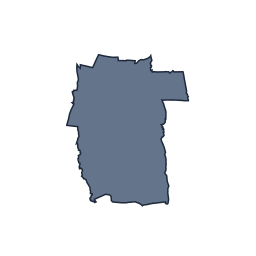 Curtesti, Botosani, Romania (Natural Earth projection), rotated 223°
{"feature_id": "2599482B73716803842093", "entity_name": "Curtesti", "entity_type": "district", "adm_level": 2, "iso_a3": "ROU", "parent_name": "Romania", "parent_adm1": "Botosani", "projection": "natural_earth1", "projection_center": [26.65, 47.693], "detail": "fine", "context": "isolated", "style": "filled", "palette": "slate", "viewbox_px": 256, "rotation_deg": 223, "n_neighbors": 0, "source": "geoboundaries", "source_scale": "gbopen_adm2", "svg_char_len": 5654}
<svg xmlns="http://www.w3.org/2000/svg" viewBox="0 0 256 256"><g transform="rotate(223 128 128)"><path d="M199.5,161.5L197.4,155.0L196.5,152.5L196.2,151.6L196.1,151.2L195.1,148.1L195.1,147.9L195.9,147.5L196.7,147.1L201.3,144.5L203.6,143.1L206.0,141.8L205.4,141.1L204.9,140.7L204.7,140.5L204.5,140.1L204.0,139.4L203.8,139.1L204.6,139.3L205.6,139.0L206.0,139.0L206.5,139.0L206.9,139.2L207.3,139.4L208.0,139.6L208.7,139.7L207.7,138.5L206.9,137.6L204.6,135.2L203.3,134.1L199.0,131.0L197.4,129.6L197.1,129.3L196.7,128.5L196.6,128.2L196.3,127.1L196.1,126.8L195.5,126.1L194.2,125.0L193.8,124.6L193.0,123.6L192.7,123.1L191.6,121.6L191.2,120.5L191.8,120.3L192.1,119.8L192.5,119.5L192.6,119.2L192.9,118.6L193.2,118.5L193.0,118.3L192.9,118.3L192.8,118.2L193.0,117.8L193.0,117.7L192.7,117.4L192.8,117.1L193.1,117.1L193.4,116.9L193.5,116.7L193.3,116.4L193.0,116.1L191.4,115.2L191.2,114.9L190.8,114.8L190.6,114.7L189.9,114.4L188.6,113.6L187.7,113.0L187.5,112.4L187.1,112.0L186.7,111.1L186.3,111.0L186.2,110.5L186.0,110.3L185.8,110.2L185.9,109.8L185.7,109.6L185.4,109.5L185.4,109.2L185.6,109.0L185.8,108.7L186.0,108.5L186.1,108.4L185.1,108.3L184.5,108.4L184.3,108.5L184.2,108.6L183.9,108.7L182.4,103.8L182.1,102.7L180.4,98.6L177.5,93.8L175.4,89.6L175.0,88.7L174.6,88.2L171.1,90.7L165.7,94.7L165.5,94.4L165.2,94.1L164.6,93.5L164.0,93.2L163.6,92.5L163.1,92.2L162.3,91.9L161.8,91.7L160.4,90.2L159.8,89.7L158.2,88.6L158.0,88.1L157.9,87.2L157.5,86.2L157.3,85.7L156.8,85.0L156.5,84.7L156.3,84.3L156.2,83.8L156.0,83.1L155.1,81.5L155.0,82.1L154.7,82.2L153.8,81.8L153.5,81.6L152.7,80.6L152.3,80.3L151.6,79.7L151.2,79.4L150.8,79.2L149.9,79.0L149.5,78.7L149.2,78.3L149.1,78.0L148.9,78.0L147.9,78.8L146.5,77.9L146.1,77.7L145.8,77.5L145.6,77.3L145.8,77.2L145.4,76.9L145.1,76.4L144.9,76.2L144.9,75.9L145.1,75.4L145.5,74.0L144.9,73.8L143.5,71.9L143.7,71.6L143.0,71.0L142.3,70.3L140.6,69.3L140.3,69.0L139.1,69.5L138.6,69.0L137.5,66.8L136.6,65.7L135.8,65.3L135.8,66.2L135.5,66.4L135.4,66.4L135.2,66.2L135.2,65.7L134.4,66.3L134.4,66.5L133.8,66.6L133.1,66.4L132.6,66.1L132.4,66.0L132.4,65.7L131.8,64.8L131.7,64.5L131.6,64.1L131.4,63.7L130.8,63.2L129.8,62.8L129.4,62.5L129.3,62.1L129.2,61.9L129.2,61.7L129.1,61.1L128.2,61.1L126.8,61.0L126.4,60.9L125.8,60.6L125.3,61.0L124.7,61.3L123.4,61.5L122.4,61.0L121.1,60.3L119.2,59.7L118.3,59.5L117.6,59.3L115.9,58.7L115.4,58.5L114.3,57.8L113.2,56.6L112.4,56.4L112.2,56.2L111.7,55.6L111.2,54.8L110.7,54.4L109.3,55.5L108.8,55.0L108.9,54.9L108.7,54.0L108.7,53.4L108.3,52.6L107.9,52.1L108.1,51.4L107.9,51.0L107.9,50.6L107.4,50.3L107.3,50.1L107.1,50.0L106.5,50.1L106.3,49.9L106.1,49.5L106.0,49.4L105.7,49.5L105.3,49.8L104.8,49.7L103.9,50.1L103.4,50.4L103.2,50.7L103.1,51.0L102.3,50.8L102.0,50.8L101.5,50.8L101.0,52.2L102.5,52.4L103.9,53.0L99.4,63.7L99.4,64.0L95.9,66.5L94.5,66.6L93.3,66.1L90.6,63.5L88.7,63.5L82.1,68.6L78.4,72.0L76.9,74.0L74.7,76.4L72.6,78.8L68.5,80.5L66.4,81.0L64.7,80.9L64.8,81.1L64.7,81.3L64.3,81.8L63.5,83.1L62.9,83.7L62.0,84.8L61.5,85.6L61.1,86.0L60.9,86.7L60.3,87.1L60.0,87.6L59.7,88.1L59.5,88.5L58.8,89.3L58.6,89.9L58.5,90.0L58.1,90.1L57.8,90.5L50.7,98.9L50.1,99.5L49.2,98.4L47.9,98.9L47.3,99.4L47.3,99.9L47.7,100.7L48.9,102.5L49.5,103.3L50.9,104.6L54.5,107.5L55.2,108.3L57.7,111.1L58.0,111.7L58.2,112.6L58.5,113.2L59.2,113.8L60.7,114.5L62.8,115.7L63.7,116.4L66.0,118.5L67.1,119.4L67.7,119.7L68.6,119.7L69.8,119.9L70.5,120.3L70.9,120.9L70.9,121.5L71.0,121.9L71.8,123.3L72.2,123.9L74.3,125.8L74.7,126.7L75.4,127.5L76.6,128.5L78.4,130.6L80.3,132.1L81.3,132.8L83.0,133.4L83.6,135.1L84.0,135.8L88.0,138.3L91.6,140.1L94.5,141.3L96.4,142.5L96.7,144.3L96.9,144.9L96.5,145.2L96.5,147.1L99.0,148.7L98.7,149.1L99.1,149.7L99.4,149.9L100.0,150.0L100.6,151.0L101.4,150.9L101.2,151.2L101.2,151.3L101.6,151.3L101.6,151.7L103.3,151.7L103.2,152.2L103.3,152.2L103.2,152.5L106.0,153.1L105.0,154.6L104.7,154.8L104.6,156.1L104.6,156.7L104.7,157.4L105.0,157.9L106.1,159.3L106.8,159.9L107.1,160.3L106.6,160.5L109.1,163.3L109.7,163.9L111.0,165.4L111.9,166.0L112.3,166.5L112.8,166.6L113.1,166.8L114.5,167.6L115.2,168.1L116.1,168.4L116.7,168.9L117.2,169.1L117.9,169.7L119.0,170.2L120.8,170.9L122.3,171.6L121.4,172.2L119.1,174.6L111.8,181.3L110.6,182.2L108.2,184.2L107.3,185.1L107.2,185.0L104.7,187.0L103.3,188.3L102.5,189.1L102.9,189.6L103.4,189.9L104.7,190.5L105.2,191.3L105.4,191.7L105.4,192.0L105.8,192.0L106.0,192.0L106.7,192.5L107.2,192.9L107.6,193.1L108.2,193.2L108.7,193.1L109.0,193.1L110.2,194.9L114.8,198.3L115.3,198.6L116.4,199.5L118.8,201.2L120.3,202.3L122.7,204.2L124.9,205.8L126.2,206.6L130.7,202.2L131.8,201.2L132.2,200.7L133.0,200.4L133.4,200.4L133.8,200.6L134.1,200.6L134.3,200.5L134.1,199.8L135.0,196.6L136.5,196.9L137.7,195.8L138.8,195.0L140.1,193.5L144.4,189.3L146.6,187.4L147.2,187.1L147.6,186.8L148.0,186.0L148.4,185.5L148.7,185.6L149.0,185.9L149.3,186.0L149.6,186.0L149.8,186.4L149.9,186.0L150.3,186.1L150.4,185.7L150.8,185.6L150.9,185.9L151.2,186.2L152.2,186.9L152.4,187.2L152.8,187.6L152.7,187.8L152.5,188.3L152.8,188.6L152.8,188.9L153.1,189.3L153.1,189.5L153.3,189.6L153.9,189.4L154.4,189.4L154.6,189.7L154.7,190.1L154.8,190.2L155.3,190.4L155.7,190.4L156.1,191.1L156.1,191.6L156.3,192.2L156.6,193.7L156.9,193.8L158.6,195.0L159.7,195.6L160.7,196.4L160.5,195.4L160.5,195.1L160.9,193.1L161.1,192.3L163.0,188.7L163.2,188.4L163.6,188.1L164.7,187.3L164.9,187.1L165.3,186.3L165.9,184.8L166.0,184.4L166.0,184.0L165.9,181.5L165.9,181.2L166.0,181.0L166.2,180.7L167.2,179.8L167.3,179.9L167.6,180.5L168.6,182.1L174.0,177.8L175.3,176.6L175.0,176.2L181.1,170.7L182.5,172.0L183.7,172.9L186.1,170.5L188.1,168.7L189.2,168.0L191.6,166.3L195.2,164.0L198.8,162.0L199.3,161.7L199.5,161.5Z" fill="#64748b" stroke="#1e293b" stroke-width="1.5"/></g></svg>